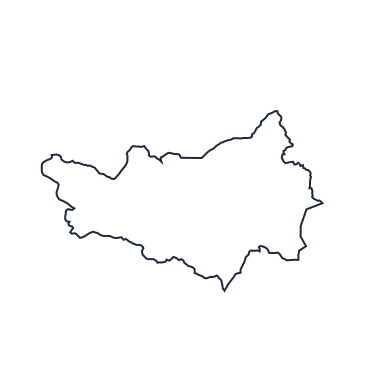 Altinópolis, São Paulo, Brazil (Mercator projection), rotated 48°
{"feature_id": "56859067B55489518550390", "entity_name": "Altinópolis", "entity_type": "district", "adm_level": 2, "iso_a3": "BRA", "parent_name": "Brazil", "parent_adm1": "São Paulo", "projection": "mercator", "projection_center": [-47.408, -21.012], "detail": "fine", "context": "isolated", "style": "outline", "palette": "slate", "viewbox_px": 384, "rotation_deg": 48, "n_neighbors": 0, "source": "geoboundaries", "source_scale": "gbopen_adm2", "svg_char_len": 4458}
<svg xmlns="http://www.w3.org/2000/svg" viewBox="0 0 384 384"><g transform="rotate(48 192 192)"><path d="M287.6,102.5L285.6,102.6L283.6,103.0L282.6,104.4L280.6,105.2L278.4,106.0L276.0,106.0L275.2,104.4L273.4,103.7L272.4,102.2L270.6,101.4L269.1,100.7L267.8,102.2L266.7,100.5L264.9,98.9L263.4,97.5L262.4,96.3L261.3,95.0L260.5,93.6L258.7,93.2L257.8,91.5L256.2,90.8L253.8,90.9L251.6,92.3L249.9,92.3L248.6,93.2L246.2,91.6L245.2,94.0L243.4,93.3L241.3,93.5L241.3,95.9L240.1,97.5L237.1,96.7L235.7,98.8L234.5,100.7L233.2,103.2L231.2,103.5L228.9,103.0L226.7,102.5L224.6,99.6L225.8,98.1L224.1,97.6L222.7,96.5L223.3,94.9L222.4,92.6L222.8,90.6L223.9,88.9L225.1,86.8L224.1,85.3L222.2,85.9L219.7,85.9L218.7,84.2L216.5,84.3L214.4,84.4L211.9,84.3L210.5,82.3L207.3,81.3L204.7,81.0L202.2,81.7L200.3,81.2L198.9,80.4L198.5,78.5L197.5,76.8L195.8,75.3L193.1,75.6L191.1,75.7L189.1,74.5L187.4,76.2L187.2,77.9L186.7,79.6L186.1,81.2L185.3,83.6L186.0,86.7L186.2,88.6L186.1,90.8L185.9,93.6L187.9,95.7L188.2,98.6L187.8,100.6L188.3,102.6L189.1,104.3L189.7,106.8L189.3,108.8L191.0,110.5L190.7,112.3L189.2,114.4L187.7,116.1L186.2,117.7L185.0,119.8L183.2,121.5L181.5,123.2L179.6,125.5L179.4,127.6L177.1,131.7L176.0,134.3L175.7,135.9L174.7,137.7L174.6,140.0L174.2,141.7L174.0,143.3L174.2,145.1L173.9,147.9L173.1,150.6L172.9,153.4L172.9,155.7L173.2,162.1L159.3,177.2L155.6,176.4L153.2,178.2L151.9,179.8L149.1,181.6L147.2,183.2L146.7,185.3L146.4,187.9L146.1,190.1L145.4,192.0L147.0,193.5L149.1,194.5L145.2,194.8L143.5,195.8L141.8,195.5L140.3,196.1L139.3,197.4L138.1,199.1L136.0,199.6L134.2,197.9L132.3,197.0L130.0,197.2L125.8,196.8L124.7,199.3L120.0,203.8L118.3,205.2L118.2,207.0L118.8,208.9L119.2,211.0L119.0,212.9L119.9,215.0L122.0,215.7L123.7,217.4L125.8,219.3L126.9,221.1L127.8,224.0L128.3,226.5L128.6,228.3L128.9,230.6L129.5,233.0L129.9,234.7L130.0,236.9L130.4,238.9L130.2,241.3L128.1,243.1L125.9,243.3L124.3,244.6L121.7,245.2L119.2,245.9L117.6,247.4L116.0,248.5L113.8,248.2L110.9,248.2L108.8,248.0L106.8,249.1L104.2,250.0L102.7,252.0L100.9,252.7L99.7,254.0L97.8,255.1L95.2,256.4L93.2,258.0L91.7,259.8L88.9,259.8L88.2,262.4L87.4,263.8L85.8,265.6L83.6,266.7L81.5,267.1L79.9,267.0L77.9,265.8L75.8,266.2L73.4,267.6L72.0,269.7L70.6,271.6L72.4,272.6L72.8,274.2L72.2,276.4L71.3,278.4L70.9,280.1L70.4,282.4L70.8,284.5L72.0,286.1L73.5,287.5L75.5,289.2L77.5,290.4L79.7,291.0L81.6,290.3L83.4,289.4L85.5,288.7L87.0,288.2L88.7,287.8L90.6,287.3L92.3,287.0L93.8,286.3L95.6,285.7L97.6,286.5L99.5,289.2L100.4,290.8L101.5,292.7L103.3,294.3L105.9,295.2L108.4,295.6L110.1,295.0L111.9,294.0L113.8,293.3L115.8,292.7L117.8,292.0L120.4,291.8L122.9,291.3L125.4,290.4L125.3,292.7L123.8,294.3L122.0,295.3L121.5,297.2L122.2,299.0L124.1,300.7L124.9,302.2L127.7,304.6L130.0,304.8L132.1,303.0L133.0,305.2L134.5,305.8L137.6,304.2L139.4,304.6L139.7,306.8L140.5,309.5L142.5,309.2L144.3,306.7L146.0,306.0L148.1,306.1L151.1,305.9L152.2,304.0L153.0,301.6L153.5,298.9L153.8,296.7L154.4,294.3L155.6,291.8L157.3,291.0L159.9,289.4L161.8,289.1L163.6,288.2L165.4,287.3L167.2,285.2L169.6,282.6L171.5,281.7L173.5,280.8L175.1,279.6L176.2,278.2L177.0,276.8L178.5,274.7L181.7,274.9L182.5,272.6L184.4,272.2L186.9,271.8L188.9,270.9L190.4,270.5L192.2,269.5L194.1,268.8L195.5,267.1L197.4,265.6L199.7,265.2L201.2,265.7L202.3,268.6L205.4,270.6L208.2,270.6L210.9,270.4L212.8,269.2L216.2,265.5L219.1,264.6L221.4,265.0L222.3,263.5L224.3,261.5L225.1,260.1L226.0,258.4L225.3,256.1L227.8,254.8L228.1,251.3L227.7,249.6L229.0,248.5L231.6,247.5L234.0,247.3L234.8,244.8L237.2,244.2L239.3,245.1L241.7,244.6L244.6,244.2L247.3,242.4L249.1,241.8L250.9,241.7L252.5,242.8L254.0,244.3L256.0,243.1L258.0,242.5L260.4,241.4L262.4,240.4L264.0,240.4L265.8,239.1L266.8,236.8L267.4,234.9L268.7,234.0L270.0,231.8L270.5,229.6L272.0,229.2L273.8,229.7L275.4,229.3L277.4,229.4L281.5,231.8L284.3,233.6L287.2,233.9L286.3,231.7L285.8,229.5L284.9,227.5L284.4,225.2L284.0,222.5L283.5,220.1L283.2,218.2L282.1,214.5L283.1,212.2L284.5,209.9L282.4,208.2L281.3,205.9L280.3,203.2L278.9,199.7L277.8,197.8L276.4,195.6L276.4,191.7L275.0,190.1L274.6,187.9L276.5,185.8L278.0,184.3L279.1,182.6L281.4,181.4L279.7,179.8L277.7,179.3L277.9,177.2L280.1,175.7L282.6,174.5L285.1,174.2L287.3,174.9L288.9,175.4L291.1,173.1L292.4,171.7L294.6,168.7L297.0,168.4L301.5,169.1L303.6,168.1L306.3,167.2L309.5,163.0L310.9,161.2L313.6,158.4L312.5,157.1L310.5,155.8L307.3,151.5L308.6,143.5L299.5,141.5L297.6,141.0L289.9,133.8L281.5,118.5L287.6,102.5Z" fill="none" stroke="#1e293b" stroke-width="2"/></g></svg>